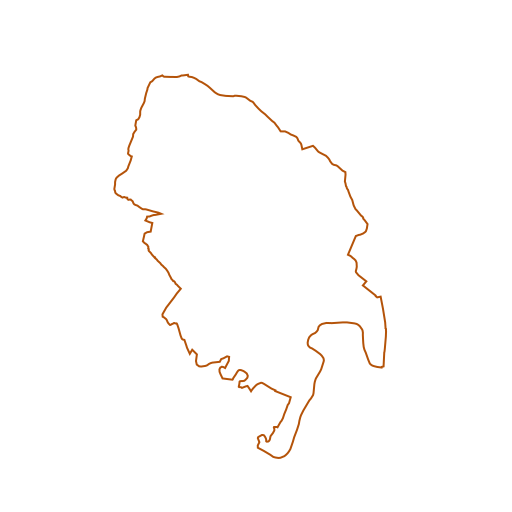 Chetani, Mures, Romania, rotated 343°
{"feature_id": "2599482B57558176240382", "entity_name": "Chetani", "entity_type": "district", "adm_level": 2, "iso_a3": "ROU", "parent_name": "Romania", "parent_adm1": "Mures", "projection": "albers", "projection_center": [23.998, 46.485], "detail": "fine", "context": "isolated", "style": "outline", "palette": "amber", "viewbox_px": 512, "rotation_deg": 343, "n_neighbors": 0, "source": "geoboundaries", "source_scale": "gbopen_adm2", "svg_char_len": 6085}
<svg xmlns="http://www.w3.org/2000/svg" viewBox="0 0 512 512"><g transform="rotate(343 256 256)"><path d="M299.2,340.3L303.7,340.6L309.0,342.4L319.7,344.9L323.6,346.1L330.4,349.2L332.4,350.4L333.7,351.8L334.8,353.6L336.0,357.3L336.1,358.4L335.8,360.6L335.1,362.7L334.0,367.0L333.1,370.7L332.4,374.5L332.3,377.3L332.7,380.6L333.0,387.9L333.4,392.1L334.0,393.3L335.2,394.8L336.9,396.0L339.4,397.5L343.5,399.4L343.8,398.8L345.7,398.9L350.5,385.6L350.8,385.3L351.9,382.8L356.6,371.1L358.3,366.2L358.4,365.6L359.0,363.7L358.7,363.1L358.8,362.9L360.1,357.3L360.5,354.5L362.0,343.6L363.3,331.3L359.8,331.0L358.7,329.4L358.9,328.9L358.8,328.7L349.6,315.4L354.1,312.5L348.4,304.4L346.9,300.8L347.0,299.7L348.3,297.6L349.2,295.8L350.2,291.9L350.1,290.5L349.9,289.3L349.0,287.6L347.9,286.1L347.0,284.5L346.3,283.5L344.3,281.7L357.3,266.1L360.4,265.9L361.8,266.1L365.0,265.8L367.4,265.0L368.3,264.5L370.0,262.2L372.0,258.1L370.4,253.6L369.5,251.7L369.5,251.2L369.7,250.5L369.2,249.3L368.3,248.1L365.6,241.6L364.9,240.4L364.3,236.9L364.2,235.7L364.4,230.6L363.8,227.7L363.6,226.4L363.3,221.4L363.3,219.5L363.0,219.0L362.7,217.6L362.8,216.3L362.5,215.5L362.8,212.8L362.8,210.7L365.4,204.4L366.0,201.9L363.7,199.7L360.4,194.1L359.4,192.9L357.0,191.5L356.3,190.8L355.7,190.1L354.6,187.1L354.3,185.1L353.5,183.0L352.2,180.6L349.4,177.9L346.6,175.1L345.9,174.1L344.1,169.7L342.7,167.3L331.5,167.5L331.9,162.8L331.8,161.6L331.3,160.2L330.7,159.2L330.2,158.0L330.1,156.3L329.9,155.1L329.3,153.8L326.9,151.6L324.7,149.9L323.0,147.8L320.3,145.4L316.0,144.0L314.7,139.4L313.8,137.3L312.6,133.9L310.9,131.6L307.8,126.2L306.2,123.2L303.4,119.2L301.5,115.8L299.4,111.5L298.5,108.9L297.9,107.6L295.9,105.9L293.9,103.1L292.8,101.6L291.8,100.7L288.8,99.0L284.3,97.1L282.5,96.5L281.3,96.6L280.7,96.5L273.8,94.0L268.8,91.6L267.0,90.3L265.5,88.7L264.3,87.2L261.0,81.6L259.4,79.1L257.4,76.7L254.8,73.8L252.9,72.3L250.6,69.2L248.9,67.6L247.1,66.2L244.8,65.1L243.8,64.5L243.7,64.2L243.9,62.8L239.0,62.0L237.5,61.6L235.3,61.9L232.7,61.7L226.4,59.7L220.6,57.7L220.0,57.2L219.2,55.9L216.8,56.2L214.0,56.0L212.3,56.1L210.7,56.7L207.8,58.5L205.7,59.0L201.4,63.7L201.0,64.6L200.7,65.2L198.7,68.0L195.8,72.9L194.7,75.4L193.4,77.0L189.7,80.7L188.2,82.7L187.6,83.7L186.5,87.1L185.1,89.2L183.7,90.5L183.0,90.9L181.3,91.1L181.1,91.3L179.4,94.6L178.7,96.1L178.9,97.8L178.7,99.2L178.5,99.9L178.4,100.2L176.2,101.7L174.2,103.5L173.4,105.6L173.1,106.1L167.1,113.4L165.6,115.5L165.1,116.6L164.9,118.1L163.6,120.5L163.6,121.0L163.7,121.3L165.4,123.9L166.3,124.5L164.1,128.0L160.1,133.0L159.1,134.6L157.7,135.8L156.6,136.6L155.6,136.9L152.2,138.0L148.5,139.0L145.7,140.3L144.8,141.0L144.2,141.7L142.9,144.0L142.1,146.5L140.2,150.3L140.0,151.2L140.2,152.5L140.0,154.1L140.1,154.7L140.6,155.6L142.0,157.6L143.8,159.0L144.3,159.9L145.4,161.1L146.6,161.0L147.3,161.1L148.1,161.8L148.9,162.3L149.3,162.3L149.9,162.6L149.7,163.6L150.0,164.5L150.5,165.0L151.9,165.1L152.7,165.4L153.0,166.1L153.9,167.3L154.1,168.1L154.2,169.6L154.4,170.4L154.8,171.1L155.6,171.9L157.4,173.2L158.6,174.9L160.6,177.4L161.6,178.3L163.7,178.9L164.7,179.4L170.5,183.2L175.3,186.0L177.6,187.9L172.0,187.3L170.1,186.9L168.0,186.9L165.8,187.1L163.4,186.5L162.5,188.0L160.6,189.7L164.1,192.6L166.5,194.1L162.4,201.9L158.9,201.4L156.1,202.0L155.9,202.2L154.6,204.6L152.1,208.9L153.3,211.2L154.1,211.9L154.4,212.6L155.2,213.5L155.3,214.4L155.7,215.3L155.7,215.9L155.1,217.3L155.5,218.1L155.0,218.9L155.0,219.8L156.4,222.5L156.8,224.0L158.0,226.6L158.4,227.4L158.8,227.4L159.0,227.6L159.1,228.0L158.8,228.4L160.1,230.4L160.5,231.7L162.4,234.9L162.9,236.5L164.2,238.5L164.5,239.3L166.0,241.8L166.8,244.1L167.4,246.4L167.6,248.8L168.3,252.2L168.3,253.0L169.2,254.8L169.5,255.8L170.2,256.1L170.8,257.3L171.0,259.1L172.0,260.4L172.7,262.0L174.5,265.3L169.3,268.7L165.5,271.7L155.1,279.1L149.5,284.4L149.0,286.8L150.0,287.7L151.6,290.1L151.9,291.1L152.2,293.6L152.6,294.9L153.6,296.8L154.2,296.9L155.7,296.5L156.5,296.5L158.0,296.1L158.3,296.2L159.1,296.9L160.1,297.1L160.5,297.4L160.7,298.8L160.8,302.6L160.6,309.9L160.8,312.9L161.0,313.7L161.5,314.4L163.0,315.3L163.2,321.2L163.2,323.5L164.1,330.2L167.6,327.0L170.7,332.8L167.9,338.9L167.6,342.5L169.4,344.9L171.3,345.7L175.3,346.3L176.9,346.3L178.0,346.0L179.4,345.5L181.3,345.2L183.1,345.2L190.4,346.6L192.6,344.4L195.1,344.3L199.0,343.5L200.8,344.6L199.3,348.4L195.3,352.4L193.7,354.1L192.5,352.8L191.0,351.9L189.2,352.3L187.9,353.7L187.3,356.1L187.5,358.6L188.2,363.3L197.3,367.4L197.6,367.3L198.6,366.1L202.1,363.3L203.8,361.7L205.4,360.5L206.2,360.2L207.3,360.3L208.4,360.8L210.2,362.2L211.2,363.3L212.8,365.6L213.1,368.0L212.7,369.0L212.0,370.0L210.0,371.2L208.4,371.9L206.7,371.7L205.8,371.4L204.0,371.1L203.6,371.3L202.5,373.8L201.4,375.7L201.3,376.1L201.5,376.4L203.2,377.1L203.6,377.4L204.0,378.0L208.2,377.7L209.9,377.8L210.8,380.6L211.7,383.9L212.5,383.2L214.6,381.7L218.1,379.7L219.7,379.1L221.0,378.9L223.8,378.7L224.8,379.2L226.3,380.7L232.0,387.3L235.3,390.2L234.9,390.8L247.9,401.2L244.5,406.5L242.8,407.7L239.9,411.7L236.9,415.3L234.3,419.0L232.2,421.1L230.8,422.0L226.5,426.1L225.9,425.6L223.3,424.8L222.9,425.3L223.0,426.7L222.5,428.2L220.5,430.2L217.4,432.4L217.0,432.9L215.8,435.2L215.1,436.1L214.3,436.7L213.3,437.0L212.0,436.7L211.6,436.2L212.1,434.4L212.1,433.3L211.7,431.2L211.1,429.7L210.0,429.1L209.3,428.9L205.7,429.7L204.9,430.0L204.5,430.8L204.7,433.8L204.8,435.0L202.3,437.7L201.7,439.9L206.4,444.6L211.5,450.2L213.8,453.2L215.7,454.4L218.4,455.7L220.3,456.1L224.6,455.7L226.4,455.0L228.5,453.9L230.3,452.6L232.4,450.7L236.9,444.5L239.5,440.5L244.4,434.2L247.8,429.3L249.3,426.3L251.3,423.0L252.6,421.3L256.2,417.5L263.0,411.3L264.9,409.6L266.8,408.4L269.9,405.7L270.9,404.0L274.4,395.5L275.4,393.6L276.8,391.5L277.5,390.6L283.5,385.2L285.2,383.4L289.7,376.9L290.3,375.9L290.6,374.4L290.6,373.3L289.7,370.5L288.7,368.6L285.3,364.0L282.5,360.7L280.9,359.4L280.1,357.9L279.7,356.8L279.7,355.5L280.1,353.9L281.4,351.4L283.1,349.3L284.7,348.3L285.8,347.7L287.2,347.3L290.1,346.9L292.1,345.9L293.4,344.9L295.1,342.1L296.7,341.0L299.2,340.3Z" fill="none" stroke="#b45309" stroke-width="2"/></g></svg>